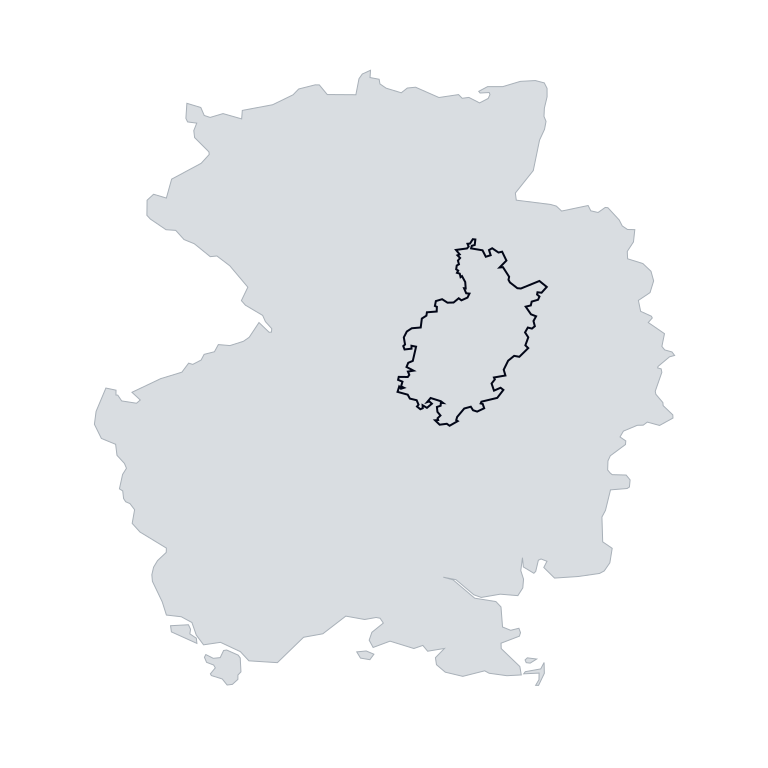 Hessen on a map of Germany (Equal Earth projection), rotated 175°
{"feature_id": "DEU-1574", "entity_name": "Hessen", "entity_type": "State", "adm_level": 1, "iso_a3": "DEU", "parent_name": "Germany", "parent_adm1": "", "projection": "equal_earth", "projection_center": [9.183, 50.526], "detail": "medium", "context": "in_parent", "style": "outline", "palette": "ink", "viewbox_px": 768, "rotation_deg": 175, "n_neighbors": 0, "source": "natural_earth", "source_scale": "10m", "svg_char_len": 5602}
<svg xmlns="http://www.w3.org/2000/svg" viewBox="0 0 768 768"><g transform="rotate(175 384 384)"><path d="M326.7,676.9L304.3,664.6L284.5,665.8L281.2,661.8L274.5,662.1L264.3,655.7L255.3,659.4L253.2,663.1L253.8,665.2L262.9,665.5L264.1,667.3L254.9,671.2L239.7,669.9L221.8,673.6L206.8,673.1L198.1,670.0L195.8,664.3L196.5,655.9L200.2,644.8L201.3,636.6L199.7,631.5L201.9,623.7L207.8,613.4L216.7,583.6L236.5,562.8L236.2,555.6L202.3,548.3L196.8,546.2L192.0,540.8L165.1,544.0L162.9,538.5L155.8,536.2L148.2,540.6L145.6,540.1L135.4,526.9L132.9,520.7L128.0,516.7L120.7,515.9L123.1,503.8L130.1,494.9L130.4,487.5L115.6,481.4L108.2,473.0L106.4,463.2L111.0,451.9L123.3,445.1L122.0,434.0L111.7,428.2L111.0,426.4L115.4,422.2L100.2,409.7L103.9,397.2L101.4,393.5L94.3,390.8L92.0,387.1L97.2,386.2L109.5,377.6L110.0,376.2L106.6,374.9L106.2,371.4L114.4,353.2L114.1,350.1L107.8,341.2L107.8,338.1L99.0,328.1L99.1,324.9L113.1,318.7L125.0,323.1L129.4,320.4L135.3,320.8L149.6,316.2L153.5,310.7L148.1,306.2L148.7,302.7L164.8,292.8L167.6,287.9L168.7,278.9L166.6,275.8L164.6,273.8L150.7,272.2L147.2,267.0L148.5,260.0L150.9,258.7L167.6,258.8L174.4,238.8L178.5,232.5L179.9,207.7L171.0,200.4L174.6,186.2L180.9,178.6L185.8,176.5L207.3,175.3L231.0,175.8L240.8,187.3L237.1,193.2L242.8,196.0L245.6,195.0L249.2,184.1L251.2,182.4L261.1,189.6L261.2,198.9L264.0,186.2L262.0,177.4L263.5,168.8L269.1,161.5L286.5,164.5L305.7,162.9L312.9,166.2L329.4,182.8L341.8,186.4L332.3,182.9L312.3,162.7L291.5,157.5L286.9,151.7L287.1,131.6L279.3,127.6L270.9,128.9L269.7,124.4L271.1,121.0L290.0,115.6L290.3,110.2L273.3,90.7L272.6,82.2L287.0,82.7L304.5,86.7L308.7,89.5L331.0,85.9L348.1,91.6L356.2,99.8L356.6,106.9L346.8,115.3L363.8,114.0L368.1,120.2L377.3,117.9L400.4,127.3L417.8,122.5L421.1,130.1L417.7,137.7L405.5,145.9L408.3,151.0L412.2,152.1L423.8,151.1L442.3,156.1L466.7,140.5L486.2,138.7L514.5,115.7L542.7,120.0L550.4,129.9L569.4,140.9L586.5,139.9L592.9,150.3L596.1,163.1L606.2,169.8L620.9,172.8L623.9,186.3L631.9,207.6L631.9,214.2L629.5,221.6L625.0,227.8L615.6,235.2L615.1,239.5L640.0,257.8L647.0,267.1L643.4,280.5L647.5,287.0L651.6,289.2L653.4,292.6L653.6,300.3L656.7,302.6L652.3,316.7L647.9,322.5L649.5,327.5L656.2,336.2L656.6,347.3L670.3,354.4L676.0,369.1L673.2,381.8L661.4,404.2L651.5,401.2L652.0,396.4L650.2,396.1L646.8,390.0L632.2,386.4L628.2,389.3L635.8,397.7L606.0,408.8L584.3,413.4L576.8,421.8L572.8,420.2L564.1,423.8L560.6,429.2L550.1,430.9L545.6,437.7L534.1,435.7L520.3,438.8L514.2,442.3L503.2,456.1L493.9,445.5L491.6,445.5L491.0,448.9L496.7,456.5L498.9,462.9L515.2,474.6L518.8,479.5L511.2,492.3L527.3,515.2L539.3,526.1L546.0,526.0L560.8,540.3L570.6,545.3L578.1,555.2L587.7,556.7L602.4,568.7L605.5,572.7L604.0,587.7L597.0,593.1L584.6,588.2L577.7,606.6L546.9,619.8L538.1,627.9L538.2,630.5L551.2,646.0L551.4,653.0L547.8,660.2L556.8,662.2L558.2,665.9L555.9,680.8L542.4,675.4L539.7,667.2L534.0,664.7L520.8,667.4L502.7,660.5L501.3,668.9L470.6,671.9L449.4,680.0L443.3,685.3L426.5,688.0L422.4,687.6L415.3,677.3L386.8,674.6L382.3,690.3L378.6,694.7L370.1,697.7L371.2,690.5L362.3,688.0L361.9,683.3L356.1,678.5L341.4,672.6L335.0,676.8L326.7,676.9ZM585.0,122.2L586.7,127.4L585.1,130.0L578.0,125.6L571.0,125.7L567.0,132.5L563.9,132.7L552.9,126.6L551.1,123.6L551.6,109.7L554.9,106.8L555.3,102.5L561.2,98.0L566.5,97.8L570.9,104.3L581.4,108.6L582.2,110.4L576.8,115.9L578.2,118.9L585.0,122.2ZM617.4,155.6L617.7,161.8L599.8,161.2L598.1,156.5L599.2,152.0L593.1,147.1L593.0,141.9L617.4,155.6ZM252.7,86.5L248.8,92.6L249.5,81.8L256.3,70.3L259.2,70.6L255.4,75.9L254.7,82.5L270.1,83.1L268.3,85.1L252.7,86.5ZM434.5,119.5L425.0,119.6L417.6,115.7L422.1,110.6L431.3,113.0L434.5,119.5ZM267.5,96.8L265.1,98.7L255.9,96.7L262.7,93.2L266.6,94.0L267.5,96.8Z" fill="#d9dde1" stroke="#a8b0b8" stroke-width="1"/><path d="M353.1,358.7L351.4,360.4L352.9,365.0L359.5,367.2L361.3,371.3L371.2,375.0L369.1,380.1L367.5,377.8L364.4,378.5L367.2,380.2L365.4,384.7L369.6,386.9L368.7,389.8L359.7,388.9L358.0,390.9L359.1,394.3L353.4,394.7L360.1,399.0L358.0,403.0L353.3,404.5L348.8,418.4L353.3,419.7L353.5,416.8L360.5,416.6L361.5,420.1L359.6,421.5L360.2,428.7L356.7,434.3L351.5,437.1L342.5,437.1L340.6,445.9L335.8,448.4L335.0,451.7L325.2,451.6L324.6,456.3L326.5,457.3L325.1,462.1L318.7,463.4L313.7,459.5L307.6,459.1L302.1,462.9L299.6,460.6L293.3,462.8L291.0,466.6L294.2,467.2L295.9,472.4L294.3,472.1L294.2,478.5L296.9,484.7L298.4,483.8L298.9,487.3L301.6,488.4L300.2,490.5L302.1,492.0L301.2,495.7L298.9,496.7L299.6,500.5L297.2,502.9L299.6,505.8L297.3,506.5L300.6,511.3L289.5,511.8L287.7,513.5L288.6,516.4L286.1,516.4L282.9,520.5L280.4,520.0L281.5,514.6L284.5,514.0L285.4,511.5L274.2,508.6L271.5,501.9L266.5,503.0L267.7,508.3L264.4,509.8L258.5,505.0L254.8,505.5L251.3,496.3L258.7,490.0L255.3,490.0L250.0,479.9L250.9,477.0L249.7,474.2L242.8,467.8L239.3,467.2L220.2,473.1L213.4,466.5L219.1,461.2L223.1,462.0L223.7,459.8L221.5,457.6L223.2,454.5L229.7,453.2L230.9,449.5L236.1,448.7L231.5,440.6L226.6,438.2L229.6,433.7L228.7,428.4L231.8,426.3L235.8,427.7L239.0,423.1L236.2,417.9L239.8,410.2L237.2,407.2L246.8,399.3L251.9,400.7L258.3,396.4L263.5,387.8L262.3,381.9L273.9,380.9L273.2,378.9L276.8,375.1L275.0,367.8L268.2,370.1L265.6,367.7L272.4,360.3L288.5,357.9L289.4,356.2L287.4,355.5L286.3,351.1L293.6,348.4L297.6,350.1L299.5,353.8L306.2,352.6L314.0,344.8L315.2,341.7L313.8,340.6L322.3,336.7L324.9,338.9L332.1,338.6L336.3,343.4L333.2,343.4L333.6,345.2L330.5,347.7L333.2,351.6L333.3,356.5L329.5,357.4L329.0,360.3L326.7,359.9L328.9,361.9L338.8,366.0L342.6,362.2L340.4,362.7L338.0,360.2L343.3,356.5L347.4,359.5L347.5,356.5L350.0,355.7L353.1,358.7Z" fill="none" stroke="#020617" stroke-width="2"/></g></svg>